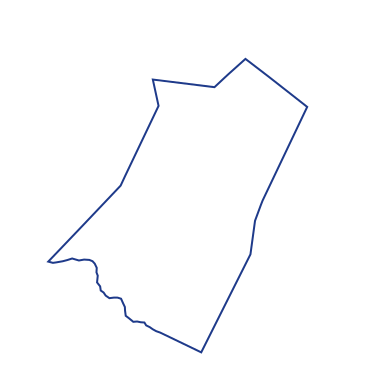 Taipu, Rio Grande do Norte, Brazil (Robinson projection), rotated 212°
{"feature_id": "56859067B84836905302883", "entity_name": "Taipu", "entity_type": "district", "adm_level": 2, "iso_a3": "BRA", "parent_name": "Brazil", "parent_adm1": "Rio Grande do Norte", "projection": "robinson", "projection_center": [-35.567, -5.604], "detail": "fine", "context": "isolated", "style": "outline", "palette": "blue", "viewbox_px": 384, "rotation_deg": 212, "n_neighbors": 0, "source": "geoboundaries", "source_scale": "gbopen_adm2", "svg_char_len": 774}
<svg xmlns="http://www.w3.org/2000/svg" viewBox="0 0 384 384"><g transform="rotate(212 192 192)"><path d="M277.0,56.8L272.4,58.2L269.9,60.3L264.9,64.8L261.6,68.3L258.4,72.1L251.6,74.0L247.7,77.5L243.1,80.0L239.7,80.6L236.5,79.7L232.6,77.2L230.4,73.2L227.6,71.1L224.6,65.0L219.9,63.3L217.2,60.1L213.7,59.9L210.3,58.4L205.8,58.2L202.1,61.2L199.1,63.0L195.6,63.9L191.3,61.0L188.0,58.9L185.9,55.9L182.6,51.9L179.2,51.6L173.0,50.8L169.9,53.1L166.4,54.4L163.2,56.1L160.2,54.6L156.1,55.0L152.6,54.8L148.6,55.0L144.6,55.9L99.2,60.9L109.4,170.1L123.3,201.0L126.7,217.4L127.6,222.2L139.4,325.2L187.9,330.4L217.2,333.2L223.4,311.8L224.9,306.3L228.5,292.8L284.8,266.6L266.0,247.3L257.2,170.1L255.9,159.6L267.3,103.7L277.0,56.8Z" fill="none" stroke="#1e3a8a" stroke-width="2"/></g></svg>